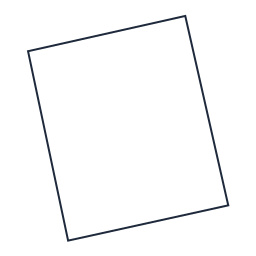 outline of Frio, Texas, United States of America, rotated 258°
{"feature_id": "52423323B99594247353741", "entity_name": "Frio", "entity_type": "district", "adm_level": 2, "iso_a3": "USA", "parent_name": "United States of America", "parent_adm1": "Texas", "projection": "albers", "projection_center": [-99.206, 28.866], "detail": "fine", "context": "isolated", "style": "outline", "palette": "slate", "viewbox_px": 256, "rotation_deg": 258, "n_neighbors": 0, "source": "geoboundaries", "source_scale": "gbopen_adm2", "svg_char_len": 231}
<svg xmlns="http://www.w3.org/2000/svg" viewBox="0 0 256 256"><g transform="rotate(258 128 128)"><path d="M30.3,46.0L31.5,210.0L35.8,209.9L225.7,207.3L223.9,46.2L30.3,46.0Z" fill="none" stroke="#1e293b" stroke-width="2"/></g></svg>